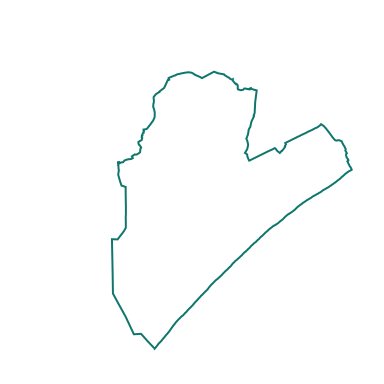 Vērgales pag., Pavilostas, Latvia, rotated 225°
{"feature_id": "27541924B6474784348402", "entity_name": "Vērgales pag.", "entity_type": "district", "adm_level": 2, "iso_a3": "LVA", "parent_name": "Latvia", "parent_adm1": "Pavilostas", "projection": "orthographic", "projection_center": [21.107, 56.72], "detail": "fine", "context": "isolated", "style": "outline", "palette": "teal", "viewbox_px": 384, "rotation_deg": 225, "n_neighbors": 0, "source": "geoboundaries", "source_scale": "gbopen_adm2", "svg_char_len": 5916}
<svg xmlns="http://www.w3.org/2000/svg" viewBox="0 0 384 384"><g transform="rotate(225 192 192)"><path d="M107.6,54.7L107.6,54.8L107.7,55.4L107.7,56.5L108.4,61.3L108.4,62.4L108.3,63.3L108.4,63.8L108.4,65.3L108.8,68.2L108.8,69.6L108.9,70.1L109.1,71.9L109.1,72.3L109.2,73.0L109.2,74.1L109.5,76.9L109.6,77.9L109.9,79.4L110.1,80.5L110.5,82.7L110.5,83.4L110.8,84.2L110.9,85.5L110.8,85.9L111.0,86.5L111.3,89.1L111.3,90.0L111.4,91.4L111.4,94.2L111.4,97.1L111.2,97.9L111.1,98.5L111.3,101.7L111.2,102.4L111.2,103.6L111.4,104.9L111.4,105.7L111.5,107.3L111.4,108.2L111.5,108.8L111.4,109.6L111.5,111.2L111.4,112.1L111.6,113.5L111.7,114.2L111.6,114.7L111.9,116.1L111.8,116.8L111.8,117.1L111.8,117.9L112.0,118.6L111.8,119.3L112.0,120.9L112.0,121.9L112.1,122.6L112.0,123.8L112.2,124.8L112.2,125.7L112.1,126.2L112.1,127.9L112.2,129.1L112.1,130.0L112.2,131.0L112.1,132.1L112.1,132.7L112.1,134.1L112.5,136.3L112.8,139.9L112.8,140.9L112.7,141.5L112.8,143.3L112.8,144.9L112.8,145.3L112.8,146.0L112.7,147.5L112.4,148.7L112.5,149.8L112.3,151.8L112.3,153.5L112.2,154.6L112.3,155.3L112.4,156.0L112.4,156.5L112.4,158.7L112.4,160.1L112.2,162.1L112.3,164.7L112.2,166.1L112.2,167.5L112.5,169.2L112.5,169.7L112.6,170.0L112.6,171.3L112.5,171.7L112.5,172.2L112.6,173.3L112.6,173.8L112.4,175.5L112.3,176.0L112.3,178.0L112.1,179.2L112.2,180.7L112.0,182.7L112.2,183.6L112.2,184.4L112.2,184.9L112.2,186.5L111.9,187.7L112.0,188.5L111.9,190.7L112.0,191.6L111.8,192.9L112.0,195.3L112.0,196.4L112.0,196.7L111.9,197.5L111.9,199.7L111.7,200.8L111.5,201.7L111.5,202.1L111.6,202.5L111.6,204.1L111.6,205.0L111.4,206.2L111.6,207.7L111.5,209.3L111.5,209.9L111.3,210.6L111.4,212.7L111.3,213.9L111.4,215.3L111.1,217.4L111.1,218.2L111.1,219.4L111.1,219.8L111.0,220.9L111.0,221.1L110.8,221.9L110.8,222.7L110.6,223.3L110.6,224.1L110.6,224.7L110.5,225.2L110.3,225.5L110.2,226.4L109.6,228.2L109.6,228.5L109.1,230.8L108.9,234.2L108.5,236.6L108.6,240.4L108.5,241.6L108.4,242.9L108.3,243.4L108.3,244.1L107.9,245.0L108.0,245.3L108.0,245.6L107.6,246.6L107.0,250.2L106.8,252.1L106.8,255.7L106.3,259.8L106.0,261.2L105.9,262.7L105.4,264.8L105.0,267.2L104.1,270.7L104.0,271.3L103.6,272.6L103.6,273.3L103.5,274.1L103.0,275.8L102.6,277.0L102.2,278.7L101.8,279.5L101.6,280.8L101.0,282.8L100.8,284.2L100.7,284.8L100.6,286.0L100.4,286.7L100.0,287.7L99.6,289.7L99.3,290.5L99.1,291.3L98.8,292.2L98.6,294.1L98.3,295.0L98.1,296.6L97.9,297.4L97.3,301.3L97.2,302.7L96.7,305.8L96.7,308.6L96.5,310.3L96.5,311.0L96.4,311.5L96.5,312.1L96.5,312.6L96.3,313.3L96.3,314.0L96.0,316.0L95.6,317.9L94.9,320.1L94.8,320.4L94.8,320.7L96.9,321.5L97.7,321.7L98.8,321.8L102.3,323.0L103.1,323.5L103.7,323.5L103.8,324.0L103.9,324.9L104.2,324.9L104.2,325.2L104.4,325.4L104.8,325.5L106.8,325.7L108.8,326.7L109.9,327.9L109.9,328.9L111.4,329.4L112.8,329.7L112.8,329.8L113.0,330.1L113.7,331.1L115.5,331.6L116.5,332.1L117.8,332.2L118.9,332.6L120.4,333.0L121.9,333.7L122.5,333.6L124.8,332.5L126.3,330.4L127.7,329.8L131.5,330.1L136.9,331.0L142.5,331.7L145.7,331.8L148.7,331.2L148.6,329.6L148.9,327.4L149.1,326.3L150.2,323.6L150.9,321.0L152.3,317.4L152.8,316.2L152.9,315.3L155.0,309.5L155.7,307.2L156.1,306.3L160.7,292.6L159.3,292.2L158.8,290.1L158.1,289.9L157.4,285.0L157.6,284.9L157.7,284.7L157.5,281.7L161.1,281.3L163.3,281.7L164.5,281.6L165.3,278.9L166.8,275.0L173.7,254.6L174.2,254.7L177.8,256.2L178.2,256.4L179.5,257.5L180.9,257.4L182.2,257.1L183.0,260.2L183.0,260.5L183.4,261.6L185.4,264.7L186.1,265.4L188.8,267.1L191.4,268.2L191.7,269.3L192.6,271.0L193.0,272.2L194.1,273.5L194.5,274.3L195.6,275.5L196.4,277.3L196.6,278.2L196.6,278.6L196.7,279.0L199.8,283.9L201.3,288.3L201.8,289.5L202.3,289.4L203.6,292.2L211.0,300.4L218.1,309.6L221.9,307.4L222.8,307.0L224.6,307.4L223.7,306.7L223.6,305.4L224.4,305.0L224.6,305.1L224.8,304.6L225.0,304.5L225.0,304.4L225.2,304.2L225.4,304.1L225.9,303.9L226.0,303.7L227.5,302.9L228.2,302.1L228.1,300.8L228.1,300.6L228.4,300.1L229.3,298.7L229.7,298.3L232.1,297.1L233.0,297.6L234.7,299.5L235.9,300.0L237.7,299.7L238.3,299.4L238.2,299.3L239.0,299.3L240.4,299.5L241.9,299.6L242.9,300.6L243.0,300.1L243.2,299.8L243.7,299.5L245.7,298.9L246.5,299.1L247.9,298.5L251.7,297.7L252.1,297.9L252.4,297.9L257.8,294.2L258.5,294.1L258.7,293.8L259.7,293.5L261.5,292.6L265.5,279.5L267.5,279.1L271.6,277.4L272.9,277.1L273.1,276.9L273.2,277.0L276.4,276.2L278.8,274.5L279.7,273.5L281.4,271.3L283.8,267.7L284.6,266.2L285.3,265.4L285.8,264.4L286.2,262.8L286.4,262.7L289.2,256.1L288.8,255.7L287.5,255.3L287.6,254.8L288.3,254.1L285.3,246.0L286.1,239.9L285.7,239.6L286.0,238.9L286.7,235.6L286.3,232.1L284.8,230.6L283.3,229.5L281.8,227.5L281.7,227.1L279.6,224.7L277.9,224.0L274.8,222.1L271.6,218.8L270.9,217.5L269.9,214.8L269.8,213.7L269.2,210.3L269.2,210.1L268.8,206.7L268.6,205.2L268.7,204.3L270.4,201.9L269.7,201.4L269.1,201.2L268.9,200.9L269.1,200.8L268.8,200.6L268.7,200.4L268.5,200.2L268.8,200.1L268.1,198.6L267.9,198.0L267.9,197.9L267.7,197.6L267.8,197.5L267.5,197.0L267.5,196.9L267.3,196.4L267.0,196.4L266.8,196.0L266.7,196.1L266.6,195.8L265.7,195.0L265.7,194.9L265.4,194.9L265.4,194.7L264.4,193.4L264.3,193.1L264.8,191.6L265.1,190.4L265.2,189.3L264.9,189.0L263.1,187.9L261.9,188.1L259.4,187.5L259.3,187.3L259.5,187.0L258.5,185.3L256.9,183.6L256.8,183.0L257.2,180.8L257.6,179.4L258.3,178.6L259.0,178.2L259.7,174.7L257.8,174.1L257.9,173.7L258.5,172.1L259.4,171.2L259.6,170.7L260.2,170.1L261.5,167.8L262.0,166.4L261.8,164.4L262.0,164.0L262.5,163.4L263.0,162.9L263.1,162.6L263.4,162.0L263.3,161.9L263.6,160.6L263.7,160.9L264.3,161.6L264.6,161.6L264.6,161.0L264.8,161.0L265.1,161.2L265.4,160.9L265.4,160.6L262.7,158.6L260.8,156.9L259.6,155.9L259.1,155.7L256.5,152.1L250.8,148.9L246.4,146.7L242.5,148.7L237.3,143.5L228.1,134.6L223.1,129.6L221.6,127.9L219.8,126.1L218.3,124.7L213.5,119.9L212.5,116.3L212.1,113.7L211.1,105.9L215.2,102.0L195.0,82.6L189.4,77.2L176.1,64.3L165.0,61.0L150.7,56.9L132.5,50.3L127.7,55.7L117.2,55.1L108.3,54.9L107.6,54.7Z" fill="none" stroke="#0f766e" stroke-width="2"/></g></svg>